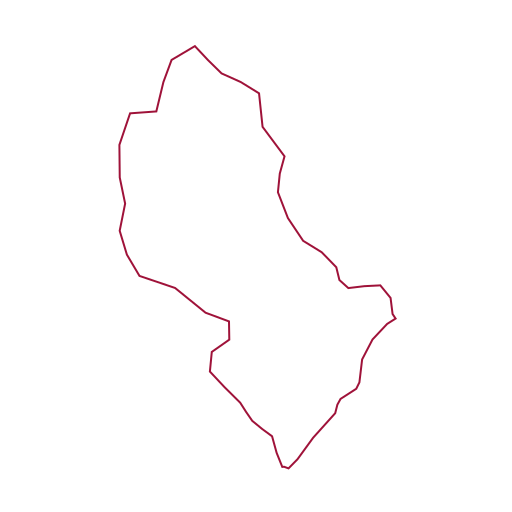 SVG path tracing the border of San Cristóbal, rotated 355°
{"feature_id": "DOM-1984", "entity_name": "San Cristóbal", "entity_type": "Province", "adm_level": 1, "iso_a3": "DOM", "parent_name": "Dominican Republic", "parent_adm1": "", "projection": "orthographic", "projection_center": [-70.18, 18.517], "detail": "fine", "context": "isolated", "style": "outline", "palette": "rose", "viewbox_px": 512, "rotation_deg": 355, "n_neighbors": 0, "source": "natural_earth", "source_scale": "10m", "svg_char_len": 843}
<svg xmlns="http://www.w3.org/2000/svg" viewBox="0 0 512 512"><g transform="rotate(355 256 256)"><path d="M389.6,330.5L380.7,335.1L364.8,349.3L352.7,368.3L348.0,390.9L344.3,397.0L327.8,405.7L324.1,411.2L321.2,419.5L297.1,442.0L279.7,462.0L269.9,470.4L265.6,468.4L263.8,468.4L259.4,453.9L256.3,437.0L247.2,429.0L237.9,419.9L232.5,410.4L227.5,400.8L213.2,383.9L200.0,367.1L203.6,347.7L222.1,337.0L223.4,318.8L200.8,308.1L172.6,280.8L138.2,265.7L127.5,243.4L122.4,219.0L130.2,192.4L127.1,165.9L129.6,133.4L143.0,102.9L169.3,103.3L178.9,74.7L189.0,53.3L213.4,41.6L225.2,56.6L237.6,71.1L256.0,81.4L273.2,94.2L273.8,127.9L293.1,159.2L286.9,175.9L283.4,194.4L291.1,221.0L304.3,245.0L321.8,258.0L335.0,274.2L337.0,287.2L345.2,296.0L361.3,295.5L377.3,296.1L386.4,309.5L387.0,325.7L389.6,330.5Z" fill="none" stroke="#9f1239" stroke-width="2"/></g></svg>